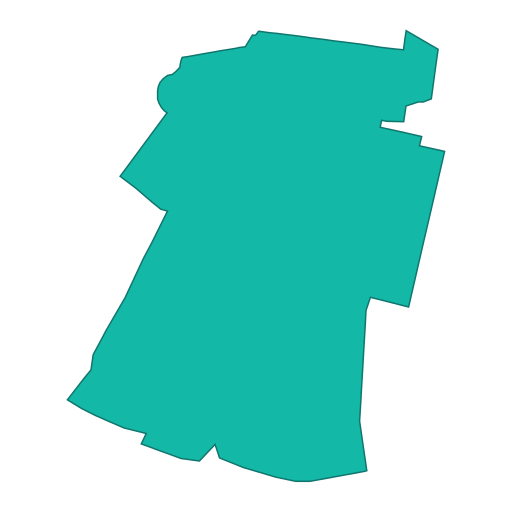 Carna, Dolj, Romania
{"feature_id": "2599482B28740347601774", "entity_name": "Carna", "entity_type": "district", "adm_level": 2, "iso_a3": "ROU", "parent_name": "Romania", "parent_adm1": "Dolj", "projection": "equal_earth", "projection_center": [23.609, 43.848], "detail": "fine", "context": "isolated", "style": "filled", "palette": "teal", "viewbox_px": 512, "rotation_deg": 0, "n_neighbors": 0, "source": "geoboundaries", "source_scale": "gbopen_adm2", "svg_char_len": 1711}
<svg xmlns="http://www.w3.org/2000/svg" viewBox="0 0 512 512"><path d="M438.1,49.3L406.2,30.7L405.0,38.4L404.6,41.5L403.5,49.8L393.3,48.8L392.9,48.7L390.7,48.5L380.6,47.3L369.1,45.5L364.5,44.7L358.0,43.8L356.2,43.6L343.6,42.0L335.0,41.0L334.1,40.9L326.5,39.8L323.0,39.3L316.3,38.5L311.9,38.0L311.2,37.9L308.0,37.4L304.8,36.9L301.7,36.5L299.7,36.2L296.4,35.8L292.7,35.3L286.3,34.6L281.0,33.9L276.0,33.3L271.3,32.9L268.0,32.5L264.4,32.0L259.5,31.3L258.8,31.2L258.7,31.3L258.1,31.8L256.4,34.3L255.6,35.1L254.2,35.3L253.2,35.2L252.5,35.0L251.9,36.0L245.3,46.8L238.5,47.6L237.1,48.1L235.2,48.4L229.2,49.4L220.8,50.7L213.2,52.1L204.9,53.5L188.4,56.5L182.2,57.4L181.1,60.3L180.2,64.4L179.9,67.4L178.1,69.2L175.6,71.8L172.2,74.5L167.6,75.4L163.0,78.9L160.1,82.4L158.4,86.3L157.6,90.7L157.6,98.9L158.9,103.0L161.5,107.6L164.2,110.7L167.1,112.8L124.6,170.3L120.1,176.3L136.0,188.3L152.2,202.3L160.9,209.3L162.4,209.6L167.5,211.1L151.5,243.3L143.4,258.5L125.2,297.5L105.6,331.3L103.1,336.2L93.2,354.6L91.0,369.9L84.4,377.9L67.4,399.8L68.1,400.3L81.8,408.6L89.1,412.3L95.7,415.6L102.5,418.6L109.3,421.6L120.2,426.3L121.6,426.9L123.0,427.5L124.5,428.1L146.2,433.5L141.3,443.9L161.6,451.4L181.1,458.5L199.4,461.0L215.1,444.4L219.5,457.9L243.3,467.5L276.0,477.2L295.6,481.3L310.0,481.3L337.0,476.4L363.8,471.5L366.8,470.7L363.7,449.5L362.4,440.5L359.6,421.1L361.1,396.4L361.1,395.4L365.4,322.3L366.0,310.5L370.4,297.3L408.6,307.0L418.4,264.5L423.5,242.3L428.9,219.3L444.6,151.4L427.7,147.6L419.4,145.8L421.7,136.6L405.9,132.9L380.2,127.3L381.6,120.3L386.8,121.3L403.7,121.7L406.0,106.0L417.3,102.3L418.9,101.9L423.2,102.0L431.3,98.9L435.9,64.8L437.4,54.3L438.1,49.3Z" fill="#14b8a6" stroke="#0f766e" stroke-width="1.5"/></svg>